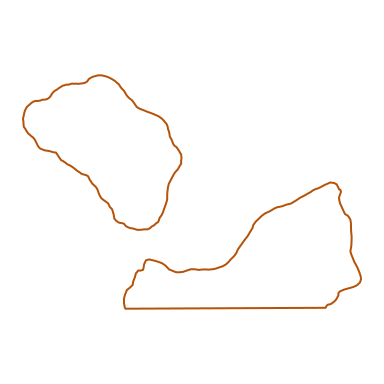 the district of North Thiladhunmathe, Maldives
{"feature_id": "70690204B83662482201246", "entity_name": "North Thiladhunmathe", "entity_type": "district", "adm_level": 2, "iso_a3": "MDV", "parent_name": "Maldives", "parent_adm1": "", "projection": "mercator", "projection_center": [72.988, 6.959], "detail": "fine", "context": "isolated", "style": "outline", "palette": "amber", "viewbox_px": 384, "rotation_deg": 0, "n_neighbors": 0, "source": "geoboundaries", "source_scale": "gbopen_adm2", "svg_char_len": 4014}
<svg xmlns="http://www.w3.org/2000/svg" viewBox="0 0 384 384"><path d="M325.5,307.8L326.9,305.5L328.1,304.6L330.5,304.2L332.5,302.9L334.3,301.5L336.0,299.7L337.3,297.4L338.4,295.4L338.4,293.1L339.9,291.4L343.8,289.7L346.8,288.8L350.2,287.9L353.5,286.9L357.0,285.3L360.0,282.4L361.0,279.3L360.7,276.4L359.7,273.2L357.4,267.5L355.6,264.2L354.1,261.5L352.7,257.8L351.3,254.5L350.4,251.5L350.8,248.8L351.3,246.0L351.5,242.3L351.6,239.3L351.6,236.1L351.2,232.0L351.0,228.8L351.0,225.4L350.9,222.7L350.3,219.5L349.2,217.6L348.5,216.5L347.8,215.8L345.0,214.0L343.5,211.0L341.4,206.2L340.0,203.2L339.3,200.2L339.0,198.0L339.5,195.8L340.5,193.2L341.0,191.8L340.4,189.9L339.2,189.4L338.1,187.1L336.7,184.4L334.1,183.0L330.3,182.5L324.8,184.9L320.9,187.0L318.2,188.3L315.1,189.3L312.9,190.4L310.3,192.3L307.4,193.8L304.2,195.7L300.0,197.8L296.5,200.2L290.9,203.6L286.6,204.6L282.0,206.3L277.4,207.2L274.7,208.3L269.7,211.3L265.1,213.4L261.9,215.7L259.1,218.4L255.6,221.8L253.3,225.0L252.5,228.0L250.0,232.1L247.5,236.3L244.8,239.7L242.8,242.5L240.8,245.3L237.9,249.4L236.2,253.3L233.9,256.3L230.2,260.0L228.3,262.3L225.9,264.4L222.6,266.3L218.6,267.6L215.8,268.6L212.9,269.2L211.0,269.4L208.9,269.6L203.7,269.4L198.5,269.9L195.3,269.3L191.1,269.2L187.2,270.4L182.9,271.9L179.0,272.3L176.0,272.2L172.5,270.8L168.9,269.3L167.7,267.9L165.2,265.4L162.2,263.3L158.8,262.0L155.0,260.8L151.5,260.0L149.2,259.4L145.9,260.4L144.1,264.3L143.5,268.2L143.0,269.8L140.6,270.6L138.3,270.5L135.9,273.4L134.8,277.4L133.0,282.1L132.7,284.9L129.7,287.8L126.9,290.0L125.0,294.7L123.9,298.8L124.0,301.3L124.0,303.4L124.5,305.6L124.7,307.3L125.5,308.7L325.5,307.8ZM181.1,161.0L181.5,158.3L181.4,156.6L181.0,154.1L180.0,152.8L179.2,151.0L178.2,149.7L176.6,147.2L174.9,146.1L173.6,144.6L172.8,142.9L172.1,140.9L171.2,138.8L170.5,137.8L169.8,136.4L169.5,134.4L169.3,132.9L168.8,131.0L168.1,129.3L167.6,126.5L166.7,124.2L164.8,121.8L163.1,119.9L162.1,118.9L159.4,116.8L157.3,115.7L154.7,114.6L152.1,113.5L150.2,112.8L147.4,111.8L143.3,110.1L139.4,108.6L136.8,107.0L135.1,104.6L134.1,103.0L131.9,100.2L128.8,97.8L126.7,95.4L125.2,92.8L123.9,90.7L121.9,88.7L120.8,87.4L119.7,85.7L118.8,84.3L117.1,82.9L115.2,81.2L112.5,79.4L109.9,78.0L107.3,76.8L103.3,75.7L101.0,75.3L98.1,75.3L94.7,76.3L92.7,76.8L90.6,77.9L88.8,79.1L87.8,80.6L87.1,81.5L85.9,82.3L84.4,83.0L81.3,83.5L78.3,83.9L76.2,83.6L74.3,83.8L72.0,83.6L70.2,84.1L68.6,84.7L66.2,84.6L64.5,85.3L62.9,85.6L62.2,86.0L60.3,87.3L58.7,88.2L57.1,89.5L55.3,90.5L53.7,91.7L52.3,93.2L51.3,94.9L50.2,96.7L48.9,97.9L47.5,98.9L45.9,99.4L44.1,99.7L42.5,99.7L40.5,100.5L37.7,101.0L35.5,100.9L33.2,101.7L31.2,103.1L29.3,104.8L27.0,106.8L25.8,108.8L24.8,111.1L24.2,113.2L23.7,115.8L23.0,118.5L23.4,121.4L23.5,124.0L23.8,126.8L25.3,128.8L26.0,130.2L27.2,132.0L28.3,133.6L29.6,134.6L31.2,136.1L33.0,137.4L34.1,138.7L35.0,140.0L35.8,141.6L36.5,143.0L37.5,145.1L38.3,146.5L39.5,148.0L41.1,149.0L42.8,149.6L44.5,150.3L47.0,150.7L48.9,151.0L50.4,151.3L53.1,152.2L56.0,152.6L57.7,155.1L59.5,157.9L61.3,160.3L62.8,160.9L65.8,163.0L67.5,164.4L69.7,165.3L72.6,167.1L74.8,168.8L75.8,169.7L77.9,171.3L79.0,171.9L80.4,172.9L81.5,173.8L84.4,174.7L86.1,175.1L87.9,176.1L88.5,177.0L89.6,179.5L90.9,181.4L92.3,183.7L93.9,185.1L95.2,186.3L96.5,187.8L97.4,189.5L97.8,190.4L98.8,193.5L99.8,195.6L101.3,198.2L103.3,199.8L105.0,201.1L106.5,202.1L108.0,203.3L108.9,204.8L109.9,207.1L111.8,208.9L112.5,210.4L113.0,212.3L113.6,214.2L114.4,218.7L116.2,220.8L118.0,222.1L119.5,222.8L121.9,223.1L124.1,223.8L124.9,225.1L126.0,226.2L128.5,227.5L130.4,228.1L132.9,228.5L135.2,229.2L137.6,229.9L140.8,229.8L144.2,229.3L147.6,229.3L150.1,228.1L151.9,226.4L154.2,225.2L156.2,223.2L157.9,222.2L158.8,220.7L159.1,219.4L159.8,217.5L160.5,216.7L161.9,214.7L163.1,211.9L163.9,209.5L164.7,207.3L165.9,203.8L166.7,201.4L167.2,199.3L167.2,196.9L167.2,194.5L167.4,191.8L167.9,187.6L168.8,183.8L170.5,180.6L172.7,176.3L174.3,173.5L175.8,171.5L177.2,170.1L178.5,168.1L179.9,165.7L181.2,163.6L181.1,161.0Z" fill="none" stroke="#b45309" stroke-width="2"/></svg>